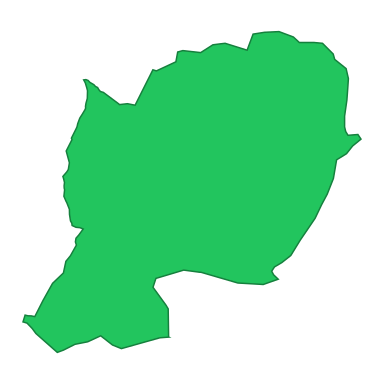 the district of Isi-Uzo, Enugu, Nigeria
{"feature_id": "59680162B86026568122675", "entity_name": "Isi-Uzo", "entity_type": "district", "adm_level": 2, "iso_a3": "NGA", "parent_name": "Nigeria", "parent_adm1": "Enugu", "projection": "mercator", "projection_center": [7.695, 6.727], "detail": "fine", "context": "isolated", "style": "filled", "palette": "green", "viewbox_px": 384, "rotation_deg": 0, "n_neighbors": 0, "source": "geoboundaries", "source_scale": "gbopen_adm2", "svg_char_len": 1658}
<svg xmlns="http://www.w3.org/2000/svg" viewBox="0 0 384 384"><path d="M72.0,139.6L66.2,151.0L69.4,162.8L68.3,169.5L66.8,171.9L62.9,176.4L63.7,179.1L64.5,182.5L64.1,185.7L64.2,188.1L64.6,189.8L63.9,196.3L66.0,201.2L66.8,202.7L69.4,209.3L69.5,214.4L70.5,220.9L71.8,223.2L72.1,225.5L76.0,227.3L80.0,227.7L83.2,229.0L78.8,235.0L76.0,238.2L75.4,241.9L76.4,245.1L70.4,255.8L65.9,261.3L63.4,273.0L52.6,283.3L43.1,300.3L34.8,316.6L31.3,315.9L28.0,315.8L25.1,315.1L23.0,321.9L27.0,323.1L32.2,328.5L35.9,333.5L57.3,352.4L63.5,350.1L75.0,344.3L87.7,341.8L100.7,335.8L112.5,345.0L121.4,348.6L159.8,337.8L168.8,337.1L168.6,337.0L168.2,308.9L166.0,305.2L153.0,287.3L155.9,278.4L165.3,275.6L183.7,270.1L199.4,272.2L201.1,272.3L237.8,283.0L260.3,284.3L263.2,284.5L278.2,279.2L273.6,274.8L271.7,271.2L274.5,266.9L281.8,262.6L290.8,255.5L300.2,240.2L315.1,218.3L321.6,204.7L327.2,194.2L333.4,178.5L336.6,159.8L346.5,153.7L352.6,146.0L361.0,139.1L357.9,134.5L348.0,135.3L345.7,131.5L344.6,126.9L344.6,116.1L346.9,100.0L347.3,94.5L347.8,87.5L348.4,78.6L346.1,68.6L340.9,64.4L334.7,59.4L333.2,54.0L322.5,43.3L314.1,42.5L299.3,42.5L293.4,37.0L279.0,31.6L264.5,32.3L253.1,34.1L247.1,50.2L237.9,47.3L225.1,43.3L219.9,43.9L212.9,44.8L200.7,52.6L182.8,50.6L177.7,52.0L175.9,61.8L156.4,70.9L152.9,69.8L135.1,105.2L127.5,103.7L119.4,104.6L118.9,104.0L105.1,93.7L103.4,92.4L100.4,91.5L98.7,89.5L97.6,87.5L95.5,86.5L93.9,84.7L89.8,82.3L88.2,80.5L85.9,79.6L83.7,79.9L85.3,82.9L86.8,87.9L87.5,90.7L87.3,98.4L86.0,103.2L85.5,106.3L85.6,108.1L85.1,109.5L82.1,114.5L79.8,118.1L77.7,123.7L77.1,126.5L76.4,128.2L71.4,138.2L72.0,139.6Z" fill="#22c55e" stroke="#15803d" stroke-width="1.5"/></svg>